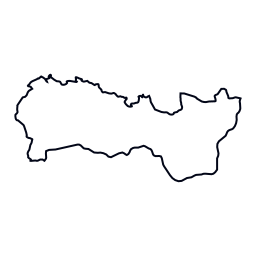 an SVG outline of Košický
{"feature_id": "SVK-1057", "entity_name": "Košický", "entity_type": "Region", "adm_level": 1, "iso_a3": "SVK", "parent_name": "Slovakia", "parent_adm1": "", "projection": "orthographic", "projection_center": [21.122, 48.674], "detail": "fine", "context": "isolated", "style": "outline", "palette": "ink", "viewbox_px": 256, "rotation_deg": 0, "n_neighbors": 0, "source": "natural_earth", "source_scale": "10m", "svg_char_len": 5435}
<svg xmlns="http://www.w3.org/2000/svg" viewBox="0 0 256 256"><path d="M240.6,98.5L240.4,98.7L239.8,100.7L239.7,101.9L240.0,103.2L240.3,108.4L240.1,109.5L239.4,111.3L238.5,112.6L237.5,113.4L236.8,114.4L236.5,116.5L236.7,119.9L236.1,123.2L234.9,126.1L233.2,128.4L232.0,129.2L229.3,130.1L228.0,131.0L227.2,132.1L226.2,134.6L225.6,135.8L218.9,141.3L217.4,143.9L217.2,147.1L218.5,153.4L218.2,155.8L217.1,158.4L217.1,169.6L215.2,172.2L213.4,173.7L211.5,174.2L205.3,173.7L203.4,173.8L201.5,174.5L196.1,174.9L194.6,175.5L191.4,177.3L187.0,178.0L181.6,180.9L178.5,181.2L175.2,180.1L172.4,178.1L170.0,175.2L164.1,166.3L163.2,164.6L161.8,158.2L160.9,156.4L159.2,156.0L155.3,156.1L153.7,155.3L153.0,154.2L152.0,151.2L151.3,149.9L150.5,149.1L148.6,148.4L145.1,146.3L143.6,145.8L138.2,147.6L134.7,147.6L133.0,148.0L131.0,149.2L130.1,150.7L129.5,152.3L128.3,154.1L126.8,155.0L125.6,154.4L124.3,153.4L122.4,152.5L119.0,153.3L111.0,157.2L108.4,156.6L106.3,154.5L103.4,153.2L100.4,152.6L97.8,152.8L94.1,152.5L88.5,149.0L85.2,148.7L83.7,148.3L80.7,145.4L79.1,144.6L77.4,144.6L55.5,149.5L49.1,149.9L46.1,151.1L46.0,152.3L45.9,153.6L46.1,156.3L46.1,156.8L46.2,157.4L46.1,158.0L46.0,158.5L44.6,160.6L44.4,160.8L42.6,159.5L40.3,159.5L39.6,159.8L37.8,160.7L36.9,160.8L35.3,160.5L30.9,160.9L30.4,160.8L30.4,160.6L30.5,160.4L30.6,160.1L30.8,159.8L30.9,159.6L30.7,159.3L28.9,158.1L28.4,157.6L28.1,157.1L28.2,156.7L28.2,156.3L28.2,155.9L28.1,155.4L27.8,154.7L27.7,154.2L27.6,153.5L27.8,152.5L28.1,151.8L28.5,151.0L29.1,150.1L29.4,149.5L30.2,145.8L30.4,144.9L30.7,144.4L31.0,143.9L31.2,143.5L31.4,143.1L31.6,142.6L32.0,140.6L32.3,139.5L32.3,139.3L32.1,139.1L31.2,138.7L30.3,138.3L29.9,138.1L28.8,138.0L28.1,137.7L27.2,137.2L26.8,136.9L26.6,136.6L26.6,136.2L26.6,135.9L26.7,135.6L26.8,135.3L26.2,132.5L24.1,126.2L23.5,125.0L18.3,120.6L18.1,120.4L16.9,120.2L16.1,119.4L15.7,118.4L15.4,116.5L15.4,115.6L15.4,114.9L15.7,114.5L16.0,114.1L16.6,113.6L17.1,113.0L17.5,112.3L17.5,111.5L17.2,109.9L17.2,108.7L17.3,107.2L17.4,106.8L17.4,106.3L17.3,105.6L17.8,104.7L22.7,97.4L25.1,96.8L26.6,95.3L27.8,92.3L28.5,91.3L29.1,90.7L32.2,88.8L30.7,86.8L29.4,86.4L28.2,86.2L27.9,85.8L28.0,85.5L29.2,84.4L30.5,82.6L31.0,82.1L32.4,81.2L36.9,79.2L37.6,78.6L37.9,78.5L38.2,78.4L38.4,78.6L38.7,78.5L39.2,78.3L40.8,76.7L41.2,76.5L41.5,76.6L41.7,76.9L41.8,77.0L42.6,77.2L44.9,78.8L46.4,81.2L46.8,81.6L47.0,81.7L46.9,81.4L46.7,81.3L46.5,81.0L46.3,80.6L46.2,79.8L46.1,79.5L46.2,79.2L46.5,79.1L48.9,78.3L49.3,78.1L49.2,77.8L48.7,76.8L48.8,76.3L49.1,75.8L49.9,75.0L50.4,74.8L50.9,75.1L51.0,75.5L50.8,76.6L51.0,77.1L51.5,77.6L54.2,79.7L56.7,81.2L58.8,81.4L59.7,81.6L60.2,81.9L60.4,82.3L61.6,84.4L62.3,84.7L63.4,84.8L64.7,84.6L65.8,84.1L66.2,83.9L66.5,83.6L67.0,83.1L67.1,82.9L67.0,82.7L66.8,82.1L66.7,81.8L66.7,81.6L66.8,81.4L67.3,81.2L67.9,81.0L69.8,80.9L76.2,82.0L76.6,81.9L76.7,81.7L76.8,81.6L76.6,81.4L76.1,81.0L75.9,80.8L75.8,80.7L75.8,80.4L75.8,80.0L76.0,79.4L76.0,78.9L76.0,78.6L75.7,78.0L75.7,77.7L75.8,77.3L76.1,77.2L77.2,77.5L79.6,78.6L81.2,79.0L81.8,79.3L81.9,79.6L81.4,80.1L81.5,80.4L81.8,80.8L83.0,81.4L83.6,81.6L84.1,81.6L87.3,80.9L89.4,82.7L91.5,83.1L94.4,85.0L94.8,85.1L95.0,84.9L95.1,84.7L95.4,84.5L96.0,84.3L97.4,84.1L98.0,84.1L98.4,84.3L98.7,85.2L98.7,85.6L98.7,85.9L98.7,86.3L98.9,87.1L99.4,87.8L101.1,89.4L101.4,89.8L101.4,90.1L101.5,90.5L101.7,91.0L102.3,91.9L102.7,92.3L103.1,92.4L103.5,92.3L103.8,92.2L105.2,92.1L109.1,93.4L111.1,93.6L111.6,93.6L113.4,93.0L113.9,93.0L114.3,93.2L114.6,93.4L115.1,93.7L115.5,94.0L115.8,94.3L116.0,94.6L116.3,95.1L116.8,95.6L117.7,96.5L118.3,96.7L120.4,96.3L121.9,96.9L122.9,96.9L123.6,97.2L124.3,97.8L124.9,97.9L125.4,97.9L126.1,97.6L126.4,97.7L126.5,97.8L126.5,98.1L126.7,98.7L126.7,98.9L126.5,99.1L125.9,99.7L125.7,100.0L125.6,100.3L125.0,101.1L124.8,101.4L124.7,101.7L124.7,102.1L124.7,102.4L125.9,104.2L127.7,106.0L128.9,106.5L130.1,106.7L131.5,106.5L131.8,106.4L131.9,106.2L131.7,105.9L131.2,105.5L131.0,105.3L130.9,105.0L130.9,104.7L131.0,104.3L131.2,104.0L131.4,103.7L131.8,103.6L132.3,103.5L133.8,103.5L134.3,103.4L135.5,102.9L137.1,102.7L137.5,102.6L137.8,102.4L138.2,102.1L138.5,101.4L138.8,100.3L139.0,98.3L139.0,97.8L138.9,97.4L138.5,96.8L138.7,96.5L139.0,96.2L140.0,95.9L140.5,95.9L140.9,96.0L141.6,96.6L142.0,97.1L142.3,97.2L142.5,96.9L142.6,96.3L142.7,95.1L142.9,94.8L143.1,94.8L143.2,95.2L143.3,95.6L143.5,96.1L144.0,96.6L145.3,97.3L146.1,97.4L146.9,97.2L147.4,96.9L147.6,96.6L149.1,95.9L150.3,98.9L150.4,99.6L150.6,101.2L150.9,102.1L151.5,103.3L152.0,104.1L155.0,109.5L161.5,112.0L164.1,112.4L165.9,112.3L166.8,112.4L167.5,112.7L169.5,114.2L170.6,114.5L171.6,114.6L172.4,114.5L173.0,114.3L173.4,114.0L173.6,113.8L173.8,113.5L173.9,113.0L174.0,112.8L174.7,112.5L177.1,112.0L178.7,110.5L180.7,109.8L181.3,109.4L181.7,109.0L182.0,108.1L182.1,107.4L182.1,106.9L181.9,106.2L181.4,104.9L181.2,104.4L181.2,104.0L181.2,103.0L181.1,102.7L180.7,101.1L180.6,100.5L180.6,98.4L180.5,98.0L180.5,97.7L180.4,97.4L180.5,93.4L184.3,93.5L194.3,96.6L195.7,97.3L196.3,97.7L196.5,97.9L196.5,98.2L197.1,98.7L201.8,101.5L204.0,102.0L205.9,102.1L209.0,101.5L214.9,101.3L215.3,101.2L215.5,101.1L215.6,100.6L215.6,99.9L215.3,98.4L214.8,96.9L214.7,96.6L214.7,96.2L214.7,95.9L215.1,95.4L215.4,95.1L217.6,94.2L221.3,88.9L224.1,88.8L225.9,89.8L226.2,90.4L226.3,91.0L226.4,91.6L226.6,92.3L228.2,96.1L228.3,97.1L228.4,97.9L228.8,98.2L229.3,98.4L232.7,98.2L235.3,97.3L235.8,97.3L240.6,98.4L240.6,98.5Z" fill="none" stroke="#020617" stroke-width="2"/></svg>